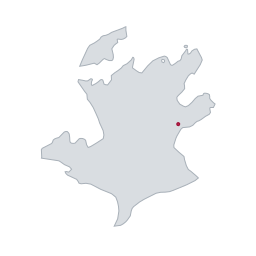 Shaki City, Şəki, Azerbaijan (highlighted), rotated 101°
{"feature_id": "54616110B24616396985677", "entity_name": "Shaki City", "entity_type": "district", "adm_level": 2, "iso_a3": "AZE", "parent_name": "Azerbaijan", "parent_adm1": "Şəki", "projection": "mercator", "projection_center": [47.188, 41.208], "detail": "fine", "context": "in_parent", "style": "filled", "palette": "rose", "viewbox_px": 256, "rotation_deg": 101, "n_neighbors": 0, "source": "geoboundaries", "source_scale": "gbopen_adm2", "svg_char_len": 3390}
<svg xmlns="http://www.w3.org/2000/svg" viewBox="0 0 256 256"><g transform="rotate(101 128 128)"><path d="M174.1,207.2L173.1,207.1L165.8,208.9L164.3,208.3L158.1,200.4L156.8,199.5L154.1,199.1L152.6,197.8L151.3,195.7L150.6,194.1L144.1,189.8L143.2,188.2L143.1,186.9L144.0,185.6L145.1,184.6L148.2,183.5L151.9,182.6L153.1,181.9L153.7,180.7L153.6,178.9L153.0,177.1L147.8,173.8L147.2,172.3L147.0,170.6L147.3,168.8L148.1,167.3L152.4,165.4L154.7,163.4L153.3,161.1L148.7,156.0L143.2,150.3L139.5,150.3L135.3,151.9L128.5,156.8L124.8,158.8L119.9,162.2L114.6,166.0L110.2,170.1L107.5,173.4L102.7,174.8L100.3,177.6L92.2,185.9L89.9,185.8L89.8,181.7L89.9,178.4L89.4,176.5L86.8,174.0L86.7,172.8L87.4,172.1L89.4,172.6L92.0,172.4L93.2,171.4L90.5,168.0L88.0,165.7L85.9,164.1L85.5,163.2L85.5,162.6L85.9,161.8L89.5,159.9L89.8,158.2L89.6,156.2L83.9,153.4L79.7,154.4L75.9,151.2L73.5,148.7L70.4,146.0L67.7,144.6L65.1,141.2L60.6,137.8L57.7,136.8L57.7,136.2L58.3,135.6L59.5,135.1L67.5,135.2L68.5,134.6L69.0,133.1L70.1,130.9L71.4,127.7L71.3,124.9L63.2,120.5L57.3,116.4L53.2,111.1L50.5,106.1L50.6,104.5L51.4,102.9L57.7,98.4L58.1,97.2L58.0,96.4L55.7,94.0L52.9,91.6L52.0,89.9L50.2,89.0L46.8,88.9L40.9,86.0L39.7,85.7L39.4,85.1L39.7,84.5L43.9,83.3L43.8,82.3L42.6,81.0L40.2,80.0L38.0,77.7L37.2,75.5L44.9,69.3L47.1,68.1L52.1,69.2L62.5,73.3L61.8,75.6L62.8,76.9L65.2,78.7L69.8,80.4L73.7,81.4L75.6,80.6L78.6,79.9L82.5,82.0L86.0,84.5L87.8,85.6L88.8,85.9L91.5,85.0L94.7,81.7L96.0,77.7L96.3,75.7L94.5,73.0L90.6,70.1L86.2,67.6L83.4,65.3L81.6,60.8L79.8,60.3L79.3,59.8L79.0,58.2L79.1,56.1L79.7,54.5L81.5,53.8L83.3,53.5L84.9,51.9L86.9,48.9L87.8,47.1L91.6,48.1L92.1,50.9L92.8,51.5L94.3,51.1L97.0,50.0L99.1,50.9L101.8,54.2L105.5,57.6L107.5,59.9L108.3,61.5L110.2,63.1L113.0,64.9L115.2,67.8L117.2,74.4L119.2,75.9L126.4,78.4L128.9,79.0L135.9,79.8L138.4,79.2L142.0,73.5L145.3,67.6L148.4,66.4L153.9,63.5L157.2,60.9L158.6,57.9L161.7,52.4L163.6,49.4L166.8,52.1L172.5,59.5L180.5,71.6L182.5,75.0L183.8,79.0L184.9,83.8L186.7,88.0L194.9,98.6L198.4,102.5L204.1,107.5L206.2,108.6L208.8,109.0L213.8,109.0L218.3,111.0L220.5,112.3L222.9,114.3L224.9,116.6L227.0,122.8L219.1,120.8L211.2,121.1L206.7,122.4L202.4,124.2L198.2,126.8L195.6,131.7L193.4,143.1L190.2,153.8L190.3,158.7L191.7,163.4L191.5,165.6L190.1,166.6L188.2,168.6L185.8,178.3L184.6,180.2L183.0,181.4L182.5,180.3L182.6,177.7L179.2,175.5L177.3,178.0L176.1,183.3L173.6,188.9L173.4,190.0L174.1,207.2ZM56.7,107.2L57.1,105.6L56.1,104.9L55.0,104.9L54.1,105.6L54.1,107.6L55.4,107.9L56.7,107.2ZM30.7,151.8L29.5,150.3L29.0,149.4L32.5,148.7L38.3,146.6L39.9,147.6L41.6,149.7L42.4,151.6L42.6,155.0L43.3,155.5L46.1,154.4L47.4,155.7L49.5,157.4L53.3,159.0L58.8,156.5L61.5,155.8L63.7,155.9L64.9,156.7L65.4,159.3L64.9,162.5L64.3,164.3L65.4,165.6L69.9,168.7L71.8,170.5L70.8,173.5L74.2,180.8L75.3,183.6L76.6,187.2L69.8,185.8L57.5,182.8L54.1,181.3L50.9,177.2L49.0,175.3L46.2,172.7L43.9,171.8L42.2,170.0L41.2,167.4L39.7,165.0L37.2,162.3L31.4,152.8L30.7,151.8ZM38.0,87.9L37.2,88.5L36.1,87.9L35.7,86.7L35.8,85.5L37.0,85.2L37.9,85.5L38.2,86.7L38.0,87.9Z" fill="#d9dde1" stroke="#a8b0b8" stroke-width="1"/><path d="M115.3,80.5L115.6,80.2L115.8,80.0L115.8,79.5L115.8,79.0L115.8,78.8L115.4,78.6L115.2,78.3L114.8,78.2L114.4,78.3L114.0,78.3L113.7,78.5L113.5,78.9L113.4,79.2L113.4,79.3L113.3,79.6L113.3,79.9L113.5,80.0L114.1,80.6L114.5,80.7L115.0,80.6L115.3,80.5Z" fill="#f43f5e" stroke="#9f1239" stroke-width="1.5"/></g></svg>